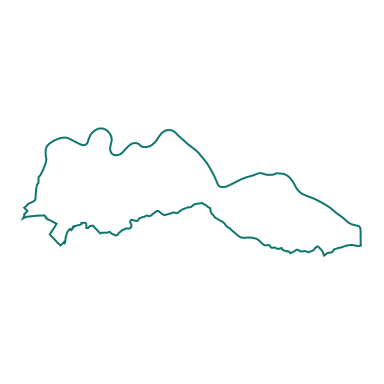 Bocicoiu Mare, Maramures, Romania (Mercator projection)
{"feature_id": "2599482B75512170064618", "entity_name": "Bocicoiu Mare", "entity_type": "district", "adm_level": 2, "iso_a3": "ROU", "parent_name": "Romania", "parent_adm1": "Maramures", "projection": "mercator", "projection_center": [24.006, 47.948], "detail": "fine", "context": "isolated", "style": "outline", "palette": "teal", "viewbox_px": 384, "rotation_deg": 0, "n_neighbors": 0, "source": "geoboundaries", "source_scale": "gbopen_adm2", "svg_char_len": 5947}
<svg xmlns="http://www.w3.org/2000/svg" viewBox="0 0 384 384"><path d="M361.0,245.4L360.6,243.4L360.7,239.7L360.6,237.6L360.6,234.2L360.7,231.6L360.4,229.1L360.1,227.7L359.7,227.0L359.3,226.5L358.5,226.0L357.6,225.8L356.0,225.4L354.0,225.0L351.4,224.2L348.1,222.4L342.6,217.5L335.4,212.3L333.8,210.8L330.4,208.0L325.9,205.0L320.5,201.9L315.6,199.4L311.5,197.6L307.1,196.1L301.8,193.7L300.3,192.5L299.5,191.8L298.5,190.7L297.3,189.4L296.6,188.4L293.2,182.2L291.0,179.3L289.4,177.4L287.3,175.6L284.3,174.1L283.2,173.8L280.9,173.7L280.5,173.5L276.8,173.3L275.8,173.4L275.3,173.7L274.7,174.1L273.8,174.5L272.7,174.7L268.7,174.9L266.4,174.7L263.0,173.7L261.1,173.2L259.7,173.1L258.6,173.3L257.2,173.8L253.4,175.3L245.8,177.5L240.5,179.6L232.6,183.7L226.8,186.4L224.3,187.0L223.0,187.1L222.2,187.0L219.9,186.7L219.2,186.2L218.4,185.3L217.6,183.8L216.9,182.2L216.1,180.2L213.9,175.4L211.8,171.3L209.7,167.7L206.5,162.5L204.0,159.5L203.9,159.2L200.4,155.2L199.1,153.4L196.6,151.0L193.2,148.2L188.4,144.6L178.2,135.5L175.4,132.6L173.9,131.5L172.3,130.6L170.8,130.2L167.4,130.1L165.8,130.4L164.5,131.1L161.7,133.1L159.0,136.5L156.5,140.4L154.9,142.4L151.7,145.1L150.8,145.7L150.0,146.1L148.8,146.5L146.6,147.0L144.9,147.1L143.5,147.0L142.2,146.8L140.9,146.1L140.0,145.2L138.7,144.0L137.3,143.3L135.6,143.1L134.2,143.1L132.6,143.4L130.8,144.3L128.5,146.1L125.4,149.2L123.0,152.0L120.3,154.3L117.2,155.2L115.3,155.2L113.6,154.8L112.3,154.1L111.2,152.7L110.5,151.2L110.1,149.4L110.2,148.0L110.4,146.2L111.4,141.9L111.7,140.2L111.6,138.2L111.3,136.7L110.6,135.0L109.5,133.4L108.2,131.7L106.8,130.3L104.8,129.2L103.1,128.6L101.1,128.4L98.1,128.7L94.1,131.0L91.7,133.2L90.4,135.1L88.6,139.3L87.7,142.2L87.0,143.5L85.9,144.5L84.8,145.1L83.5,145.2L82.3,145.1L79.7,144.0L75.0,141.7L69.0,138.5L67.5,138.0L65.6,137.6L64.1,137.6L61.3,137.9L58.5,138.7L53.9,140.6L51.3,142.3L48.6,144.3L47.0,146.1L46.0,148.5L45.6,150.8L45.6,154.5L45.9,157.0L46.4,159.2L46.0,161.6L45.4,163.7L44.4,166.5L43.0,169.9L40.6,174.8L39.8,175.8L38.6,177.1L38.4,183.0L37.0,184.7L36.0,190.0L35.5,198.6L35.1,199.8L34.6,200.6L33.6,201.3L32.4,201.9L30.7,202.8L28.5,203.7L25.4,206.8L24.2,207.7L27.4,211.1L26.3,212.2L25.5,212.8L25.3,213.4L25.0,213.8L24.2,214.2L24.3,214.5L24.3,215.5L23.9,216.7L23.0,218.4L23.9,217.9L26.0,217.0L27.4,216.7L36.0,215.8L37.6,215.6L41.7,215.6L44.2,215.3L46.3,217.3L45.8,217.9L47.9,219.5L48.1,219.3L48.8,219.7L56.5,223.7L55.1,226.2L54.3,227.6L53.8,228.2L49.8,234.4L51.7,236.6L52.6,237.4L55.8,240.8L57.1,242.3L57.8,243.0L60.6,245.4L62.4,243.6L62.9,243.3L63.6,242.6L64.3,243.4L64.7,243.0L65.0,242.6L65.2,241.6L64.9,241.3L64.8,241.2L65.1,241.0L65.4,239.7L65.7,238.0L65.6,237.8L65.6,237.5L65.8,237.3L65.8,236.8L66.4,235.2L66.6,234.0L66.9,233.0L67.6,231.8L68.4,230.7L69.7,229.1L70.0,228.9L70.3,229.1L71.3,230.2L71.9,229.5L72.0,229.0L72.1,228.6L72.7,228.5L72.9,228.2L72.8,227.0L72.9,226.8L73.0,226.7L73.5,227.0L73.8,227.0L74.1,226.6L74.4,226.1L74.7,225.9L75.0,226.0L75.7,226.0L77.5,225.3L78.1,225.2L79.0,225.2L81.4,224.2L81.4,223.0L84.9,222.7L86.2,223.5L86.4,228.0L88.0,228.1L90.2,225.9L93.2,225.7L94.3,227.2L100.3,233.5L101.5,232.7L102.8,232.8L105.9,232.6L106.9,232.8L108.9,232.1L109.7,231.9L110.3,232.4L110.9,233.0L111.8,233.7L112.5,234.2L112.8,234.2L113.0,234.2L113.6,234.5L114.5,234.9L115.2,235.3L116.0,235.3L117.4,235.0L118.4,233.6L119.0,232.9L121.6,230.8L122.1,230.2L123.1,229.7L124.1,229.6L124.9,228.9L125.2,228.8L125.8,228.7L126.3,228.4L127.4,228.4L128.0,228.6L128.8,228.7L129.2,228.6L129.8,228.3L130.1,228.1L130.5,228.1L131.2,226.6L131.4,225.8L131.4,224.9L131.0,223.7L130.2,222.5L130.2,221.8L130.5,220.9L130.6,220.5L130.8,220.2L131.6,219.8L131.9,219.8L135.0,220.8L135.7,220.8L136.3,221.0L137.3,220.9L137.5,220.7L138.4,219.7L139.2,218.6L139.8,218.0L141.1,217.7L142.0,217.4L142.6,217.0L143.0,216.9L143.5,217.0L144.0,216.9L144.6,216.7L145.8,215.9L146.7,215.6L147.5,215.6L149.1,216.3L150.6,215.8L154.0,213.1L154.5,212.6L155.3,212.2L156.4,211.3L156.9,211.0L157.7,211.0L158.6,211.1L159.4,211.7L160.8,213.0L162.0,213.9L164.5,215.2L164.8,215.1L166.1,214.7L168.2,214.1L169.5,213.7L170.2,213.5L171.1,213.4L171.7,213.2L173.2,212.4L175.6,212.9L176.8,213.0L177.6,212.9L178.4,212.6L178.9,211.9L179.7,211.2L180.8,210.6L181.8,209.8L182.7,209.3L184.0,208.9L184.7,208.5L186.0,208.2L187.6,207.4L188.3,207.2L189.7,207.3L190.6,207.2L191.6,206.5L193.1,205.2L194.6,204.3L196.2,203.9L199.8,203.4L201.0,203.2L201.5,203.0L202.1,203.0L203.1,203.7L204.3,204.5L205.2,204.7L205.8,205.0L206.4,205.7L208.4,207.3L210.0,208.0L210.2,208.4L210.3,208.9L210.4,209.9L210.6,211.2L211.1,212.7L212.1,214.0L214.4,216.5L215.2,217.8L216.4,218.4L218.5,219.6L220.1,220.6L221.7,221.3L222.9,222.0L223.9,222.8L225.3,224.6L225.6,225.3L226.2,226.0L227.0,226.5L228.1,227.6L229.7,228.0L230.3,228.8L231.3,229.9L237.5,235.2L239.1,236.5L241.1,237.5L244.6,237.9L247.2,237.5L249.5,237.6L250.6,237.5L252.3,237.9L254.3,238.2L255.9,238.6L256.8,239.0L258.2,239.8L261.4,242.8L263.1,244.3L264.1,245.0L265.0,245.3L266.0,245.3L267.7,245.2L268.9,245.0L269.3,245.1L269.8,245.7L270.6,247.0L271.3,247.6L271.9,247.9L272.5,247.9L273.7,247.4L274.3,247.4L275.3,247.9L276.9,248.6L278.1,249.0L281.6,248.0L282.1,249.4L283.0,249.8L283.7,250.5L284.7,250.6L285.8,251.0L286.6,251.6L287.6,251.1L288.3,251.3L289.3,251.8L290.1,253.1L291.5,252.7L293.0,252.1L295.2,250.7L296.3,249.9L296.9,249.7L298.4,250.0L299.2,250.6L299.7,251.2L302.2,251.4L302.9,251.5L303.7,251.2L304.7,251.1L305.5,251.2L306.3,251.4L307.7,252.0L308.2,252.2L309.0,252.1L309.8,251.7L310.9,251.3L312.2,250.9L313.1,250.4L313.8,249.8L314.4,249.1L315.3,247.8L315.8,247.4L316.3,247.2L316.9,246.5L317.6,246.4L318.6,247.0L322.2,250.8L323.3,253.2L323.3,254.0L324.1,255.6L324.9,255.0L326.7,253.6L327.8,253.0L328.8,252.8L331.3,252.4L332.1,252.1L332.8,251.3L333.7,250.0L334.3,249.3L339.1,247.8L340.9,247.5L342.5,247.0L344.9,246.1L346.4,245.6L349.0,245.2L350.0,245.0L351.7,245.0L353.1,245.1L355.1,245.4L356.8,245.9L358.3,246.1L359.5,245.9L361.0,245.4Z" fill="none" stroke="#0f766e" stroke-width="2"/></svg>